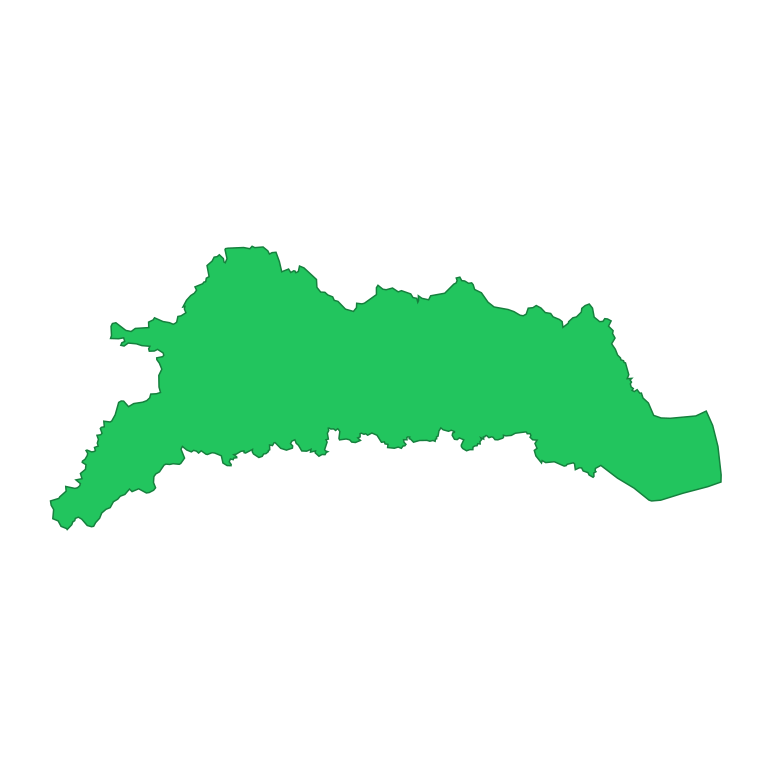 Vondrozo, Atsimo-Atsinanana, Madagascar, rotated 269°
{"feature_id": "10022922B86038713071830", "entity_name": "Vondrozo", "entity_type": "district", "adm_level": 2, "iso_a3": "MDG", "parent_name": "Madagascar", "parent_adm1": "Atsimo-Atsinanana", "projection": "robinson", "projection_center": [47.287, -22.691], "detail": "fine", "context": "isolated", "style": "filled", "palette": "green", "viewbox_px": 768, "rotation_deg": 269, "n_neighbors": 0, "source": "geoboundaries", "source_scale": "gbopen_adm2", "svg_char_len": 6120}
<svg xmlns="http://www.w3.org/2000/svg" viewBox="0 0 768 768"><g transform="rotate(269 384 384)"><path d="M244.0,64.7L248.8,69.4L251.4,70.3L252.8,72.4L255.0,73.0L256.2,76.1L254.1,79.5L247.7,84.8L246.4,89.1L246.8,91.2L250.5,93.3L254.7,97.3L259.9,99.5L263.6,103.9L265.2,108.1L271.0,111.4L273.5,115.8L276.4,118.3L278.1,123.0L283.4,127.7L280.8,130.2L283.5,136.9L279.2,144.5L279.6,147.4L281.8,151.8L284.2,153.8L289.5,151.8L295.4,152.3L298.1,154.3L300.1,158.0L306.8,162.7L307.7,164.6L307.3,168.4L308.0,171.7L307.3,177.9L308.1,179.4L313.4,183.3L322.4,179.9L325.1,181.3L321.4,185.7L319.5,190.2L321.0,192.5L320.1,195.4L318.2,197.4L320.4,200.1L316.9,204.8L316.6,206.2L318.3,210.8L318.0,213.3L315.1,220.1L307.8,221.6L305.2,225.7L305.0,229.6L306.2,229.8L308.9,227.9L311.7,229.1L311.0,231.9L312.5,232.4L312.9,235.5L313.8,235.4L316.0,232.6L316.4,234.9L319.2,239.8L319.5,242.8L317.8,242.9L317.4,244.4L320.9,251.4L318.6,251.1L316.3,252.3L312.7,257.6L313.8,261.0L316.1,262.4L316.5,264.8L318.4,267.2L319.5,267.2L320.2,268.6L325.0,268.5L324.4,271.4L327.2,273.1L327.3,274.1L321.5,279.6L319.6,285.3L321.5,291.3L323.7,291.6L326.1,289.5L328.5,290.9L329.8,293.9L326.2,295.2L324.2,297.4L318.5,300.6L318.2,305.6L320.0,309.9L317.2,309.3L318.3,314.4L316.4,314.0L312.9,317.7L314.6,320.8L314.4,323.8L316.6,325.1L317.3,326.6L318.2,324.3L319.4,323.5L326.9,326.1L329.3,325.0L329.9,327.4L335.8,326.5L338.3,327.9L340.8,327.5L340.9,328.3L339.9,330.1L340.0,332.9L338.4,334.8L340.1,336.9L339.5,337.6L337.3,339.0L330.4,338.0L328.9,338.6L329.7,345.2L328.8,348.7L326.5,350.7L326.0,354.4L328.0,359.5L330.6,356.8L331.5,359.2L334.8,359.2L335.2,360.5L334.1,363.1L334.6,364.7L333.1,366.8L335.2,371.0L332.9,376.1L325.8,380.4L326.1,383.4L324.1,384.0L323.6,386.9L320.4,386.5L319.6,393.3L320.7,397.1L319.4,400.2L321.6,401.9L321.9,403.8L323.3,404.9L325.4,403.0L328.0,402.6L327.8,406.0L330.1,405.9L330.7,406.8L330.5,408.8L328.9,408.2L328.3,409.7L325.3,412.5L326.9,418.5L326.9,426.0L326.0,428.8L326.7,432.0L325.8,434.1L328.0,434.5L328.3,435.7L330.3,435.6L330.9,437.1L336.1,438.1L339.1,440.1L337.2,442.3L335.6,447.7L336.6,450.4L335.2,453.6L334.5,453.6L333.8,451.8L331.5,451.3L327.5,453.5L327.1,456.2L328.8,458.4L326.8,462.8L321.5,460.2L320.0,460.3L318.1,461.6L315.8,465.4L316.9,468.7L316.8,471.7L319.2,471.8L320.5,473.6L320.7,476.0L322.7,476.6L322.4,479.1L324.7,478.9L326.8,480.7L328.6,479.8L327.2,482.7L329.3,482.5L329.5,483.9L330.6,484.6L330.7,485.6L328.5,488.0L329.3,490.5L328.8,492.2L326.4,494.0L326.2,496.9L327.8,501.8L328.8,502.6L330.7,502.5L330.0,505.0L330.4,510.4L332.5,514.5L333.6,524.6L333.3,525.7L331.8,526.3L331.8,529.2L330.0,530.0L328.2,529.1L325.6,531.7L325.2,536.1L321.9,533.9L317.0,535.9L315.0,533.1L309.4,534.6L302.3,540.1L304.7,540.8L302.6,544.3L303.3,552.9L298.8,562.7L299.2,564.7L300.5,565.7L301.9,571.9L300.9,573.1L295.0,573.8L296.8,577.8L296.7,580.1L293.6,581.6L291.8,586.4L289.4,587.5L287.1,591.4L288.0,592.3L291.4,592.2L292.6,594.4L293.7,593.6L295.9,593.9L298.8,599.4L285.8,615.8L275.6,632.1L263.3,646.9L262.4,649.5L263.0,658.6L269.6,681.1L275.7,706.0L280.1,719.2L287.2,719.5L315.7,716.8L336.8,711.9L351.3,705.7L346.6,695.2L344.7,669.6L345.2,660.5L347.9,653.1L360.4,648.0L365.5,642.7L370.4,641.2L370.4,639.5L373.9,637.0L372.1,634.1L373.3,631.9L375.1,633.2L376.8,631.0L379.9,630.3L381.6,631.5L383.7,630.1L385.3,631.8L385.1,627.2L389.0,628.9L400.9,625.8L401.3,624.5L403.1,623.9L404.0,621.3L405.9,620.9L408.8,618.1L414.7,615.9L420.2,612.3L425.9,615.8L430.4,613.4L433.3,614.0L437.9,609.5L443.1,612.2L445.1,608.7L445.5,605.9L442.8,604.0L442.6,600.7L447.2,595.3L456.2,593.8L460.4,590.6L458.9,586.5L456.2,583.1L452.4,582.5L447.7,577.6L446.9,574.0L443.1,569.7L441.5,569.3L437.5,563.9L443.3,563.2L445.4,560.6L448.2,554.2L451.6,551.9L452.6,546.5L457.2,542.3L459.8,537.6L457.7,534.2L457.3,529.5L451.4,527.4L449.8,524.4L450.4,521.2L454.1,515.2L456.3,509.4L459.1,495.4L464.0,489.4L473.5,483.0L476.9,476.3L481.7,474.9L483.6,473.4L483.2,470.3L485.6,466.5L486.0,463.5L489.5,461.7L488.7,458.1L486.1,458.9L483.7,457.8L482.6,455.5L473.7,446.3L471.4,432.2L467.4,430.1L469.0,423.4L471.6,419.9L466.7,420.0L465.1,419.2L469.1,418.2L469.9,414.5L473.6,412.3L477.0,403.1L475.9,399.8L479.8,394.2L478.2,387.8L478.8,384.5L482.8,379.7L480.4,378.1L473.5,378.0L465.1,365.8L464.5,363.3L465.2,358.1L460.8,357.8L457.1,354.7L459.5,346.8L467.4,339.4L468.5,335.7L472.0,334.2L474.0,329.4L476.7,326.5L477.0,322.3L481.8,318.6L489.7,318.3L501.5,306.0L503.4,301.6L498.0,300.3L497.0,298.4L496.9,297.6L498.3,297.2L498.8,295.8L497.1,292.7L500.6,290.6L498.0,283.7L508.3,281.5L517.6,278.3L517.3,274.4L515.9,271.7L519.1,270.2L523.1,265.5L522.6,257.2L524.0,254.5L521.6,252.2L522.9,246.1L522.5,230.3L522.1,227.9L521.1,227.4L512.1,229.2L508.0,227.4L508.8,226.1L512.2,225.6L516.1,221.6L514.3,219.5L513.8,216.4L509.9,214.3L505.5,209.1L494.4,211.0L492.9,208.2L489.4,207.5L489.0,205.6L487.4,204.5L484.4,196.7L481.1,198.2L478.1,196.0L475.8,192.3L471.2,188.0L464.5,184.3L465.0,186.3L462.5,185.7L458.7,187.2L455.7,182.3L455.1,179.1L449.5,177.8L448.4,176.4L447.4,174.3L449.1,170.5L450.3,164.1L454.2,155.7L452.1,154.3L450.0,149.7L444.5,149.8L443.9,136.3L440.9,132.1L442.1,126.8L449.9,117.0L449.2,113.5L446.4,112.1L437.2,112.4L434.3,111.4L433.9,119.5L434.7,124.5L431.1,125.5L429.8,122.6L427.3,121.5L426.5,124.8L429.4,129.0L428.5,137.1L426.6,142.6L425.8,150.6L423.3,149.3L420.9,149.9L421.0,155.0L422.6,158.2L418.9,163.7L416.6,164.3L415.2,163.2L414.1,157.2L412.3,157.3L408.7,159.8L402.7,162.1L396.5,159.0L384.9,159.0L379.4,160.4L378.2,156.2L378.0,150.6L374.2,149.5L371.5,146.5L370.0,142.3L368.8,133.4L365.8,128.2L371.4,123.4L371.6,120.9L370.2,118.4L357.9,114.7L351.7,111.1L350.8,109.5L351.7,103.2L346.1,103.6L345.6,100.6L344.4,99.6L339.7,101.2L338.2,99.9L337.7,96.1L333.5,97.5L329.9,96.3L326.9,97.2L325.6,93.4L322.4,94.3L321.6,93.1L321.2,90.5L323.1,85.9L322.7,84.9L319.9,86.5L317.8,86.1L314.0,83.8L312.2,81.2L310.9,80.9L308.5,84.6L303.9,84.0L299.8,78.9L294.6,80.4L293.5,74.3L289.7,78.7L287.5,78.0L285.6,75.7L285.0,73.1L287.1,64.0L282.4,64.3L276.9,57.9L275.3,56.9L272.9,48.5L268.6,49.1L264.3,51.5L255.1,50.5L252.8,55.8L247.3,58.6L245.0,64.1L244.0,64.7Z" fill="#22c55e" stroke="#15803d" stroke-width="1.5"/></g></svg>